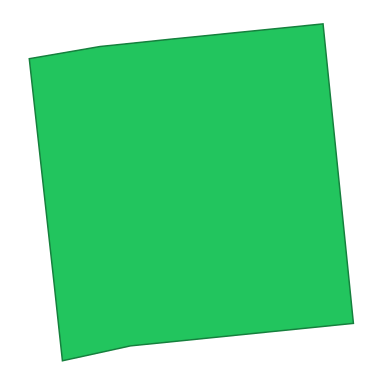 Madison, Iowa, United States of America (orthographic projection), rotated 174°
{"feature_id": "52423323B39723514733384", "entity_name": "Madison", "entity_type": "district", "adm_level": 2, "iso_a3": "USA", "parent_name": "United States of America", "parent_adm1": "Iowa", "projection": "orthographic", "projection_center": [-93.933, 41.334], "detail": "fine", "context": "isolated", "style": "filled", "palette": "green", "viewbox_px": 384, "rotation_deg": 174, "n_neighbors": 0, "source": "geoboundaries", "source_scale": "gbopen_adm2", "svg_char_len": 297}
<svg xmlns="http://www.w3.org/2000/svg" viewBox="0 0 384 384"><g transform="rotate(174 192 192)"><path d="M192.8,346.2L268.3,346.3L339.9,341.6L339.1,189.4L338.7,113.0L338.6,65.8L338.5,37.7L269.4,45.4L45.2,44.5L44.1,345.5L192.8,346.2Z" fill="#22c55e" stroke="#15803d" stroke-width="1.5"/></g></svg>